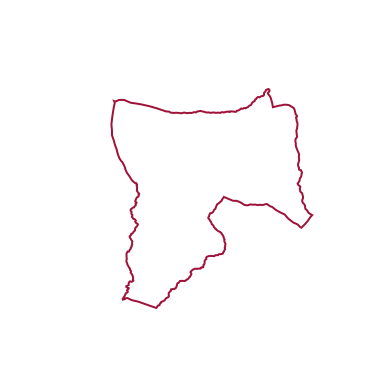 the district of Lagdera, North-Eastern, Kenya, rotated 302°
{"feature_id": "3690345B54288416110697", "entity_name": "Lagdera", "entity_type": "district", "adm_level": 2, "iso_a3": "KEN", "parent_name": "Kenya", "parent_adm1": "North-Eastern", "projection": "robinson", "projection_center": [39.22, 0.501], "detail": "fine", "context": "isolated", "style": "outline", "palette": "rose", "viewbox_px": 384, "rotation_deg": 302, "n_neighbors": 0, "source": "geoboundaries", "source_scale": "gbopen_adm2", "svg_char_len": 6068}
<svg xmlns="http://www.w3.org/2000/svg" viewBox="0 0 384 384"><g transform="rotate(302 192 192)"><path d="M236.1,306.2L236.0,303.8L236.1,302.0L236.3,301.4L237.4,299.2L237.8,297.2L238.2,296.7L240.3,295.0L240.9,294.2L241.6,291.9L242.0,291.1L242.5,290.4L243.6,289.7L245.7,289.4L247.0,288.5L249.4,285.9L249.6,284.2L249.9,283.6L250.3,283.1L251.8,281.7L253.4,281.3L253.9,281.0L254.1,280.6L254.2,278.8L255.0,277.2L258.4,277.2L259.3,277.0L260.1,276.4L260.5,276.3L263.1,276.4L265.0,275.5L266.8,275.0L267.1,274.6L267.3,273.9L268.2,273.1L267.7,271.0L269.3,269.8L270.2,268.4L271.1,267.6L272.0,267.1L275.8,266.1L277.9,264.3L279.3,263.5L280.6,263.0L281.0,262.5L284.9,257.0L286.7,255.2L287.9,254.5L289.6,253.0L291.2,252.0L291.8,251.8L293.7,251.9L294.6,251.7L299.0,248.2L300.1,247.7L301.2,247.6L302.8,246.8L304.7,246.0L306.4,244.8L307.5,243.3L309.3,241.9L309.9,241.0L310.4,240.7L311.5,241.0L312.0,241.0L313.0,238.6L316.0,235.5L317.1,233.8L317.1,228.4L316.1,225.9L314.6,223.5L313.1,222.2L311.3,220.0L306.8,215.7L310.1,212.7L313.6,208.8L314.6,207.1L315.3,205.0L315.8,204.1L316.7,203.9L317.9,204.2L318.9,204.1L319.3,203.9L319.6,202.8L319.9,202.4L319.5,202.0L317.9,200.7L316.1,201.0L314.8,200.6L314.1,200.7L312.5,201.6L311.8,201.6L311.1,201.3L310.1,200.1L308.1,199.0L307.9,198.3L307.2,197.4L306.6,197.2L304.8,197.1L304.1,196.6L302.2,196.9L300.8,196.0L298.9,195.7L298.0,195.9L296.8,195.8L295.8,195.0L293.4,194.3L292.2,193.4L291.5,193.2L291.4,192.6L290.7,191.6L290.0,191.3L289.3,190.6L288.9,189.5L287.9,189.3L287.4,188.9L285.8,188.2L284.5,186.9L283.6,186.9L282.7,186.1L282.5,185.0L281.8,183.9L281.1,182.3L280.3,181.5L280.0,181.7L279.6,181.2L279.6,180.6L278.5,178.9L276.7,177.2L276.1,176.4L275.9,175.5L274.7,174.4L274.1,174.1L273.2,172.1L272.3,171.1L272.1,170.6L271.4,169.6L271.1,168.5L270.8,168.0L268.9,165.7L268.6,164.5L267.0,162.0L266.7,160.6L265.5,157.1L265.2,156.1L263.6,154.5L263.0,153.7L261.5,153.1L261.2,152.1L260.7,151.4L258.7,149.7L257.9,148.0L257.2,147.4L256.0,145.5L255.3,143.4L255.0,143.0L253.3,141.5L252.6,140.3L252.3,139.3L250.9,136.7L249.6,134.9L249.0,133.8L248.6,133.2L248.0,131.7L248.0,129.9L246.6,127.3L244.4,118.1L242.3,110.7L239.6,103.0L237.3,97.4L235.5,93.5L235.1,92.1L234.2,86.1L233.6,84.7L231.3,81.3L228.6,79.5L227.9,78.4L227.8,77.8L226.9,79.1L226.3,79.4L222.8,80.6L214.3,84.2L207.3,87.5L206.1,88.2L202.1,91.3L197.6,94.2L194.0,98.7L191.4,101.4L188.2,105.5L184.5,109.3L182.0,112.8L180.8,115.5L180.4,117.1L179.4,118.9L177.6,121.7L176.0,123.4L174.5,125.5L173.7,126.9L172.2,130.6L170.4,134.2L169.8,136.0L169.4,139.8L169.9,140.2L169.1,141.6L167.8,141.8L167.1,142.9L165.5,143.6L164.7,144.4L163.8,144.7L162.9,146.6L162.6,148.1L162.1,148.3L161.1,148.2L160.6,148.8L159.2,148.8L158.7,148.3L156.9,148.1L155.3,148.5L154.5,148.6L154.0,148.8L153.7,149.2L153.8,150.3L153.5,150.7L152.1,150.4L151.3,151.2L150.8,151.4L149.6,150.9L148.4,151.0L147.1,150.0L146.4,150.0L145.5,149.4L144.6,149.3L143.7,149.8L143.1,151.3L141.8,151.9L141.3,152.3L140.8,153.7L140.1,154.1L139.1,154.2L138.2,156.5L138.5,157.5L138.4,158.6L137.9,159.6L136.7,159.6L136.1,160.9L136.2,162.7L135.7,163.4L134.1,163.5L132.2,163.1L130.8,163.1L129.6,163.9L128.9,164.0L127.9,163.6L125.8,163.5L124.9,163.1L124.4,163.1L123.8,162.6L123.2,163.0L122.7,163.1L121.6,162.6L121.0,162.8L120.6,163.4L119.0,166.4L118.8,167.1L118.4,167.6L116.5,168.5L115.6,169.2L114.8,169.1L113.7,169.8L112.6,169.6L112.1,169.7L111.6,170.1L109.9,169.8L108.2,170.2L107.4,168.9L105.3,169.1L104.7,169.3L101.7,171.3L100.8,172.1L99.4,172.5L98.0,173.5L97.2,174.8L96.1,175.8L95.6,177.0L94.6,178.5L94.4,179.6L93.1,180.8L92.7,182.0L91.2,182.7L90.1,185.2L89.6,185.9L87.9,187.7L86.3,188.3L85.9,189.2L85.6,189.3L83.9,188.5L83.4,186.8L82.7,186.5L81.3,186.5L79.6,187.6L79.1,187.4L77.2,186.2L76.6,186.8L76.6,188.3L77.0,189.2L76.8,189.4L75.9,189.4L74.2,189.0L73.7,190.1L73.0,190.5L72.4,190.3L71.7,189.7L70.8,189.6L68.0,190.0L66.9,189.9L66.1,190.0L64.7,189.8L64.1,190.4L65.6,191.9L66.4,191.9L66.9,192.2L67.8,193.4L68.4,198.3L70.5,204.4L74.7,223.1L75.1,223.3L77.5,223.2L78.7,224.4L79.3,224.1L79.9,224.2L80.7,224.0L81.4,224.4L82.2,224.1L83.0,224.5L83.7,225.2L84.6,225.5L85.4,226.2L87.9,226.2L90.4,227.6L91.6,227.6L92.2,226.9L94.0,225.8L96.2,226.1L97.0,226.4L97.7,226.2L98.2,225.8L99.3,226.8L100.1,228.2L100.6,228.6L101.0,228.5L101.7,229.1L102.7,229.2L104.1,228.7L104.7,228.8L106.3,228.1L107.1,228.1L107.8,228.8L110.2,229.0L111.4,230.6L111.8,231.7L112.3,232.2L112.8,233.2L113.7,233.5L114.0,233.8L114.9,233.9L115.6,234.5L116.8,234.9L117.3,234.8L118.6,234.9L119.0,235.2L120.2,235.1L120.5,235.2L121.2,235.0L122.2,234.9L122.6,234.5L123.1,233.3L123.9,233.1L126.7,233.9L128.7,235.3L129.5,237.1L130.0,237.5L131.6,239.8L131.8,239.9L132.2,239.6L132.6,239.7L133.3,240.1L133.8,241.1L134.2,241.3L134.8,240.9L135.8,240.8L136.2,240.4L137.1,240.7L138.0,240.5L139.2,239.9L139.8,239.4L140.3,239.2L141.1,239.2L142.7,239.7L143.8,238.8L144.9,238.9L146.3,240.0L147.6,241.5L149.4,244.9L149.8,245.1L150.8,245.3L152.3,247.6L153.4,247.7L154.2,248.9L154.8,249.4L155.0,250.0L155.7,250.3L156.2,250.8L157.7,250.4L158.4,250.7L159.3,250.4L161.1,250.4L162.0,249.3L163.1,249.2L164.0,248.5L165.4,248.1L166.2,247.3L166.7,246.4L167.5,245.5L168.0,245.2L168.4,244.7L169.0,244.7L170.1,243.0L170.9,242.4L171.3,241.4L171.8,240.8L172.1,239.5L172.7,238.9L173.0,236.7L172.7,235.3L172.9,233.9L172.9,232.6L173.4,231.7L173.2,230.9L173.7,230.2L173.8,229.3L174.9,227.8L175.2,226.0L176.6,224.1L177.3,222.3L178.1,221.2L178.2,220.1L178.7,219.5L179.2,219.3L180.4,219.4L181.5,218.9L183.6,218.7L184.8,219.9L185.9,220.4L187.2,220.4L188.5,220.2L189.9,220.7L194.8,219.8L196.2,220.5L197.8,221.1L199.1,221.3L200.3,221.8L201.5,221.5L203.0,221.6L204.1,221.8L204.7,221.7L206.2,230.9L206.7,232.2L208.1,234.4L208.8,237.6L208.9,239.2L208.8,242.7L209.0,243.9L210.2,246.3L212.5,248.2L213.5,250.4L214.8,252.2L215.6,254.5L216.7,255.7L218.2,258.4L218.8,259.2L221.1,261.3L221.5,261.9L221.3,265.6L221.8,268.1L221.2,272.6L221.6,279.1L222.1,282.3L220.7,286.8L220.3,288.6L219.8,294.6L220.3,297.3L220.4,298.6L220.2,300.1L219.6,302.0L219.7,303.7L224.8,304.9L229.0,305.5L233.3,305.7L236.1,306.2Z" fill="none" stroke="#9f1239" stroke-width="2"/></g></svg>